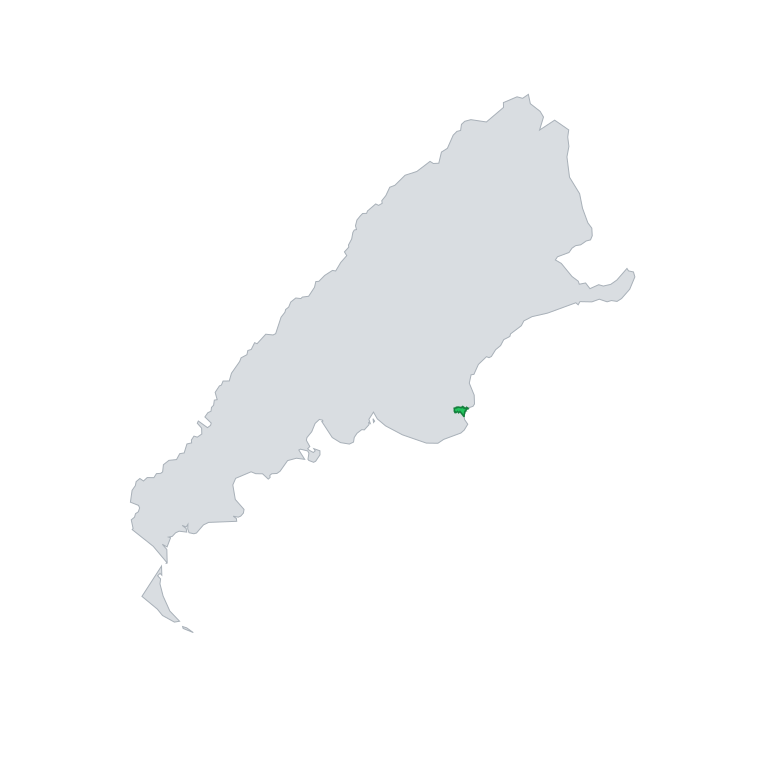 Castelli, Buenos Aires, Argentina shown in context, rotated 37°
{"feature_id": "61730980B13025573352502", "entity_name": "Castelli", "entity_type": "district", "adm_level": 2, "iso_a3": "ARG", "parent_name": "Argentina", "parent_adm1": "Buenos Aires", "projection": "equal_earth", "projection_center": [-57.446, -36.02], "detail": "fine", "context": "in_parent", "style": "filled", "palette": "green", "viewbox_px": 768, "rotation_deg": 37, "n_neighbors": 0, "source": "geoboundaries", "source_scale": "gbopen_adm2", "svg_char_len": 5681}
<svg xmlns="http://www.w3.org/2000/svg" viewBox="0 0 768 768"><g transform="rotate(37 384 384)"><path d="M461.7,241.1L457.7,249.4L458.6,254.8L454.9,267.8L455.9,270.3L452.9,276.5L454.0,283.1L452.5,289.4L453.2,297.4L452.0,299.8L449.4,300.5L447.6,311.6L450.0,322.2L448.0,324.2L451.6,332.0L462.7,338.6L468.3,345.5L468.5,348.3L465.6,352.5L465.3,356.1L466.9,360.9L469.7,363.9L475.1,365.7L475.8,372.5L474.9,376.9L465.0,392.3L462.7,398.9L453.4,405.7L429.3,413.5L410.5,416.5L399.7,415.9L392.5,412.8L393.2,421.3L396.8,423.8L395.0,424.0L396.5,425.5L395.9,432.5L393.7,433.8L392.1,439.6L392.4,444.6L394.6,448.7L392.5,452.8L384.5,457.0L374.9,457.9L356.9,451.4L357.5,450.3L356.6,449.9L353.7,451.2L352.7,456.9L355.0,465.6L354.7,473.2L355.9,475.7L362.4,478.6L362.0,481.6L364.2,481.9L368.8,481.2L369.3,478.8L366.8,477.9L373.0,475.9L375.5,479.1L375.9,486.8L374.9,488.9L370.0,490.3L368.6,489.9L365.7,484.5L363.3,483.4L356.5,486.3L355.7,488.0L366.0,491.9L358.7,496.0L353.1,503.2L353.5,516.2L352.3,519.9L348.4,523.2L347.8,525.7L349.3,527.2L348.8,529.6L341.0,528.8L335.6,532.8L330.7,534.1L322.3,548.6L324.0,555.6L334.7,565.7L347.7,568.4L349.4,571.7L349.1,575.7L347.7,578.1L343.1,580.3L347.1,580.3L349.0,582.3L327.2,600.1L324.6,605.2L323.9,615.9L322.3,618.0L317.8,620.1L314.5,617.9L311.8,614.0L312.1,617.2L307.9,618.4L313.0,618.5L315.6,621.0L308.9,624.9L307.1,628.3L306.6,633.1L304.1,635.9L306.1,635.3L308.8,644.7L303.4,645.4L310.2,646.9L318.6,657.5L318.0,658.3L317.7,657.2L297.4,652.5L270.5,651.8L270.6,650.4L263.9,644.6L264.9,640.5L263.6,637.1L264.7,633.9L263.4,630.0L261.0,628.7L252.6,631.0L246.8,620.5L246.6,614.8L244.8,611.1L245.9,606.4L250.3,606.2L251.2,601.2L256.6,597.3L256.2,592.5L259.4,589.8L260.1,587.4L256.4,581.2L258.2,574.4L263.8,569.2L262.8,562.6L265.9,559.3L262.7,550.5L265.8,546.8L263.9,544.7L263.6,540.0L266.9,538.8L268.6,533.6L264.9,529.0L258.5,527.7L258.0,525.3L269.3,525.1L270.4,521.4L269.5,519.2L260.8,518.1L260.6,513.0L262.2,509.8L260.3,506.5L260.7,503.5L258.2,499.0L260.2,496.9L254.2,492.3L253.7,484.6L254.8,482.7L253.7,478.5L258.6,474.7L255.7,467.2L255.2,452.9L254.1,449.1L256.9,443.1L255.1,439.2L257.2,436.3L255.8,428.9L258.4,428.2L259.6,415.4L265.9,411.6L267.2,409.0L261.6,392.6L261.7,386.4L260.6,383.6L261.6,380.0L260.2,374.7L261.8,368.4L266.2,365.8L266.5,363.7L271.0,359.3L270.3,348.6L267.9,343.2L270.2,341.2L271.3,332.9L274.5,324.3L277.4,322.8L276.3,312.9L277.0,303.9L272.9,302.3L273.5,295.9L272.0,294.4L270.9,287.6L267.9,281.6L267.6,278.9L269.1,277.2L266.0,274.8L263.7,269.3L263.9,264.2L264.3,260.7L267.4,258.2L266.7,255.7L269.0,245.2L272.2,244.6L273.8,240.8L271.9,238.9L272.1,232.5L270.2,223.4L273.1,218.8L275.2,204.6L282.3,194.5L286.8,178.5L290.7,178.2L294.9,174.7L290.3,164.2L292.8,157.6L289.5,143.6L290.2,138.4L292.6,135.4L289.6,130.0L290.4,125.6L294.3,120.6L308.1,113.1L313.0,91.2L310.0,87.4L317.4,74.6L322.8,72.4L325.0,65.8L332.2,72.1L344.6,72.3L350.7,74.8L355.4,87.6L361.5,70.6L378.6,69.9L382.1,76.2L388.7,83.0L393.4,92.5L407.7,107.2L425.7,114.3L436.8,124.2L449.8,132.6L456.2,134.5L461.1,140.3L462.2,144.6L459.4,148.1L457.3,154.5L453.8,158.2L452.4,162.4L452.6,167.6L446.0,178.0L446.2,181.8L453.0,181.0L469.4,185.0L477.3,185.0L479.9,186.8L484.2,182.0L491.1,183.9L495.7,175.5L500.2,173.8L505.1,168.0L507.4,160.9L508.5,145.5L511.2,146.5L515.8,144.4L519.9,147.5L523.2,160.4L522.3,172.8L520.4,177.8L515.4,180.5L512.7,184.1L504.9,186.7L500.6,193.3L490.9,200.3L491.4,203.9L488.3,203.7L472.0,228.9L461.7,241.1ZM318.5,699.3L315.9,663.3L321.6,670.4L319.1,670.0L318.6,673.4L322.9,674.1L325.3,678.4L335.2,686.3L349.6,694.2L363.5,696.5L359.9,700.3L346.5,702.2L338.4,700.2L318.5,699.3ZM369.1,698.9L373.2,697.5L381.3,697.3L370.7,700.1L369.1,698.9ZM398.9,419.3L398.8,421.0L396.1,418.3L398.9,419.3Z" fill="#d9dde1" stroke="#a8b0b8" stroke-width="1"/><path d="M463.5,354.4L463.5,354.5L463.4,354.7L463.2,354.6L463.0,354.9L462.9,355.0L462.7,355.1L462.4,355.2L462.2,354.9L462.1,354.7L461.9,354.8L461.8,354.7L461.7,354.8L461.4,354.8L461.2,354.8L461.1,355.1L460.8,354.9L460.7,354.7L460.6,354.8L460.4,354.8L460.2,354.8L460.2,355.0L460.2,355.4L460.2,355.5L460.0,355.8L459.9,356.0L460.0,356.2L460.1,356.3L460.0,356.5L459.9,356.6L459.7,356.6L459.4,356.6L459.3,356.8L459.1,356.8L458.9,356.8L458.4,357.0L458.3,357.3L458.0,357.4L457.9,357.5L457.5,357.6L457.4,357.6L457.3,357.8L457.2,357.9L456.9,357.9L456.8,358.0L456.8,358.3L456.7,358.4L456.6,358.6L456.4,358.6L456.2,358.6L455.9,358.9L456.4,359.3L455.3,360.6L455.2,360.4L454.6,361.1L456.6,363.1L456.4,363.3L456.5,363.4L457.7,364.0L457.9,363.3L458.7,363.6L459.2,361.6L459.7,361.7L460.9,362.1L461.1,361.1L461.2,360.7L461.2,360.2L463.0,360.6L462.9,360.7L467.2,361.8L467.8,362.0L467.6,361.8L467.5,361.7L467.4,361.6L467.3,361.4L467.2,361.2L466.9,360.8L466.8,360.7L466.7,360.8L466.7,360.7L466.6,360.4L466.5,360.1L466.4,360.0L466.3,359.9L466.3,359.7L466.2,359.6L466.1,359.4L466.1,359.2L465.9,358.9L465.9,358.7L465.7,358.6L465.6,358.4L465.6,358.2L465.5,357.9L465.4,357.8L465.4,357.7L465.2,357.5L465.2,357.4L465.2,357.2L465.3,357.3L465.3,357.2L465.2,357.1L465.3,357.0L465.3,356.9L465.2,356.7L465.2,356.4L465.3,356.3L465.2,356.3L465.2,356.2L465.1,355.9L465.1,355.6L465.1,355.4L465.1,355.5L465.1,355.4L465.1,355.2L465.1,354.9L465.1,354.7L465.2,354.4L465.2,354.2L465.3,354.2L465.3,353.9L465.3,353.7L465.4,353.4L465.5,353.2L465.4,353.2L465.5,353.2L465.4,353.1L465.5,353.0L465.4,353.0L465.2,353.1L465.1,352.9L464.9,352.9L465.0,353.0L464.9,353.0L464.7,353.0L464.8,353.1L464.9,353.3L464.8,353.5L464.7,353.5L464.7,353.4L464.6,353.5L464.5,353.8L464.5,353.7L464.4,353.7L464.4,353.8L464.3,353.7L464.2,353.7L464.0,353.8L463.9,353.9L463.9,353.7L463.8,353.8L463.7,353.9L463.7,354.0L463.6,354.3L463.5,354.4Z" fill="#22c55e" stroke="#15803d" stroke-width="1.5"/></g></svg>